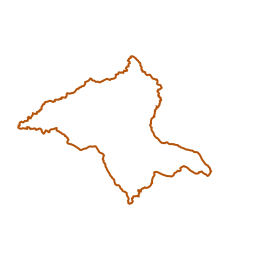 outline of San Francisco, Putumayo, Colombia, rotated 123°
{"feature_id": "7082276B24911475844532", "entity_name": "San Francisco", "entity_type": "district", "adm_level": 2, "iso_a3": "COL", "parent_name": "Colombia", "parent_adm1": "Putumayo", "projection": "equal_earth", "projection_center": [-76.835, 1.148], "detail": "fine", "context": "isolated", "style": "outline", "palette": "amber", "viewbox_px": 256, "rotation_deg": 123, "n_neighbors": 0, "source": "geoboundaries", "source_scale": "gbopen_adm2", "svg_char_len": 5883}
<svg xmlns="http://www.w3.org/2000/svg" viewBox="0 0 256 256"><g transform="rotate(123 128 128)"><path d="M75.9,121.7L74.5,124.0L74.5,124.6L75.3,126.5L75.1,127.7L73.1,128.5L72.3,129.0L71.7,130.0L71.7,130.6L72.3,131.0L72.5,132.8L72.8,133.2L73.1,134.4L72.8,134.8L72.4,136.2L72.0,136.7L71.9,137.6L71.4,138.3L72.1,139.8L72.9,140.3L73.2,140.7L73.3,141.2L72.9,143.0L71.9,143.9L71.9,144.4L72.2,144.8L72.3,145.9L72.7,146.4L72.2,146.9L72.2,147.7L72.0,148.0L71.6,147.9L71.2,148.9L70.6,149.4L69.6,149.6L68.9,151.5L66.9,153.1L66.8,153.6L66.9,154.2L66.0,156.4L66.0,158.0L65.5,158.8L65.2,161.6L65.5,163.6L66.6,164.6L67.5,163.9L69.3,164.9L70.2,164.5L71.3,164.9L71.6,164.7L71.7,162.7L72.7,161.8L73.6,162.3L74.3,162.3L76.0,161.1L77.2,162.3L79.1,162.3L80.0,160.2L80.6,160.1L81.6,161.2L82.2,162.5L84.3,162.0L84.7,163.5L85.5,163.9L86.0,165.6L86.5,166.0L88.4,165.6L89.5,167.1L90.1,167.3L90.6,166.8L92.2,165.9L93.5,166.2L94.3,167.0L95.0,167.4L96.0,168.8L96.9,169.3L97.4,169.2L97.9,170.6L98.0,172.0L98.4,172.5L101.2,174.3L102.2,174.6L103.2,175.5L104.0,175.8L105.3,176.7L105.5,178.5L106.8,180.0L106.7,182.1L107.4,183.7L107.3,184.5L106.7,185.3L106.8,186.1L107.1,186.6L108.8,186.6L110.3,187.1L112.9,188.9L114.5,187.9L116.8,188.0L118.3,189.6L119.2,189.5L120.3,190.6L121.1,191.0L122.1,190.8L122.4,191.4L123.3,192.1L126.1,192.2L127.5,192.6L128.8,193.4L129.0,194.0L129.6,194.3L130.3,195.2L131.2,195.7L131.6,197.4L132.4,198.1L134.6,196.9L135.7,197.1L136.2,196.8L136.6,196.9L138.2,200.0L138.9,200.4L139.6,199.7L140.0,199.7L141.1,201.3L141.7,201.3L142.1,201.7L143.9,204.4L144.5,204.5L145.5,203.9L146.1,204.7L146.8,204.8L147.0,205.0L147.2,206.9L147.9,208.6L150.3,210.3L151.1,211.4L152.3,211.7L152.9,211.2L153.4,211.2L154.6,212.2L155.9,211.8L157.1,212.1L159.3,210.8L160.4,211.6L161.1,211.1L162.2,212.0L162.9,211.7L164.1,213.0L164.9,212.9L165.4,212.3L165.7,212.2L166.3,212.8L167.2,214.6L167.4,215.7L169.5,215.0L170.8,215.2L172.9,214.9L173.1,215.3L172.7,217.2L173.7,217.7L174.6,216.5L175.3,216.6L176.5,216.1L177.4,217.0L178.2,218.3L180.3,218.9L180.7,219.9L180.8,220.9L182.1,221.5L183.3,221.5L184.8,220.2L185.1,220.2L185.7,221.0L186.1,220.6L187.2,220.4L187.5,219.9L187.5,218.9L187.0,217.4L185.2,215.8L184.9,214.6L184.0,213.6L184.0,212.8L183.8,212.2L183.4,212.2L182.1,212.9L181.9,212.2L181.3,211.0L182.0,209.6L182.0,209.1L181.2,208.6L180.6,207.4L179.1,206.1L179.5,204.1L179.4,203.7L178.6,203.6L178.3,202.9L177.0,202.3L176.4,201.6L176.4,200.2L176.8,199.2L177.6,198.8L178.0,198.2L178.7,196.2L178.6,195.6L178.3,195.4L176.7,195.4L174.9,195.7L174.5,194.9L174.7,192.5L174.5,191.9L174.1,191.7L173.1,192.3L172.1,192.2L170.8,191.6L170.0,190.3L167.1,188.2L167.0,187.7L168.6,186.9L168.9,186.1L168.9,185.4L168.5,184.6L168.7,182.8L168.4,181.9L168.7,179.5L168.3,177.8L168.4,177.1L169.0,176.5L168.8,176.0L168.8,175.2L169.3,174.0L169.3,173.1L170.2,171.6L172.8,171.4L173.6,170.5L173.6,169.5L172.6,166.8L172.1,164.0L172.1,158.4L172.4,156.2L171.8,155.1L170.2,154.1L168.5,152.7L167.9,151.9L165.4,150.8L164.2,149.9L163.5,148.9L163.0,147.5L161.7,146.2L161.0,145.3L161.4,144.0L163.8,139.0L163.9,137.8L163.5,136.1L163.4,135.1L163.5,134.6L164.0,133.3L166.0,132.9L166.6,132.4L167.7,132.4L168.2,131.9L168.5,130.8L169.1,130.6L170.1,129.6L170.0,129.3L170.5,127.6L171.3,127.0L171.5,126.6L172.7,125.7L173.3,124.2L174.2,123.1L175.1,121.5L176.3,118.6L176.9,118.0L177.3,117.3L177.7,116.4L177.7,115.3L178.6,114.0L178.8,111.6L180.3,110.2L182.0,108.2L182.2,106.4L181.2,104.9L181.1,104.0L181.6,102.8L182.6,101.5L182.8,100.6L182.7,100.0L183.6,98.4L183.6,97.3L183.2,95.7L183.2,93.7L183.5,93.4L184.3,93.1L185.5,91.5L186.2,89.9L186.9,89.0L187.8,88.5L189.0,88.4L189.8,87.3L190.3,87.3L190.8,86.7L190.7,85.3L189.7,84.9L189.0,84.0L186.9,84.0L186.2,85.2L185.0,86.3L184.8,86.4L184.0,85.8L183.1,86.2L182.4,86.2L181.6,85.4L181.3,84.6L180.1,83.4L179.9,82.4L179.5,81.8L179.1,82.1L178.9,82.5L177.6,83.0L176.7,82.8L175.4,84.3L175.1,85.3L174.8,85.5L174.1,84.9L174.1,84.3L174.4,83.5L174.2,82.7L172.6,83.4L171.5,83.2L170.9,82.6L170.2,82.6L169.3,81.7L168.6,81.5L168.5,80.5L168.3,80.0L167.0,78.8L165.4,78.1L163.6,77.7L162.7,77.8L162.1,78.2L160.9,77.8L160.1,78.6L157.7,79.8L155.5,80.2L153.5,80.0L152.1,80.8L151.0,81.9L150.7,81.8L149.3,80.4L148.8,78.5L148.3,74.0L147.1,69.3L145.4,66.2L145.1,65.3L144.0,64.4L143.4,64.3L142.7,64.1L140.4,64.4L138.8,63.4L136.8,63.0L136.5,61.7L135.2,60.8L134.6,60.9L133.1,62.2L132.2,62.0L129.5,60.4L129.3,59.7L129.4,58.9L129.0,57.7L129.1,55.4L129.5,54.1L129.7,51.3L129.5,50.0L129.6,48.5L129.4,46.9L129.0,45.7L127.6,44.2L126.4,44.4L125.1,43.0L124.7,42.9L124.3,42.4L124.7,40.9L124.8,39.3L124.8,38.4L124.4,37.3L124.8,35.9L124.8,35.1L124.4,34.8L122.6,34.5L120.8,34.5L119.9,35.0L119.1,34.7L118.1,36.7L117.4,36.9L117.1,37.5L116.7,38.6L116.8,39.1L116.0,40.6L116.2,42.4L116.2,43.3L114.0,48.9L112.0,52.1L111.1,54.0L110.6,56.6L112.1,59.5L111.9,61.1L112.0,62.0L112.7,63.2L113.3,65.1L113.6,65.7L113.7,66.4L114.5,67.7L114.4,68.2L114.8,70.6L115.5,73.3L115.3,74.6L115.8,75.6L115.3,76.4L115.4,77.3L116.4,79.3L116.6,80.8L117.2,81.4L117.4,82.4L118.8,84.1L119.0,85.5L118.7,87.0L118.8,87.6L119.4,88.2L120.5,88.6L121.2,90.0L121.7,90.4L122.0,91.3L121.9,92.0L122.1,92.7L121.9,93.1L121.8,93.9L121.5,94.4L121.3,95.5L120.8,96.4L120.5,98.3L120.8,99.1L119.9,101.9L117.9,104.5L117.7,105.5L117.2,106.5L116.2,107.8L114.9,108.2L114.5,109.6L113.3,111.2L112.2,111.0L111.4,111.3L111.2,111.7L110.4,112.0L109.3,112.7L107.8,113.2L105.8,112.9L105.4,112.5L104.8,112.5L104.1,112.1L103.8,112.9L103.6,113.0L102.7,112.9L100.2,114.0L99.8,114.4L99.2,114.3L98.4,115.1L96.3,114.6L95.8,115.1L94.7,115.1L94.4,115.5L94.2,114.9L94.3,114.2L93.9,114.1L93.3,114.3L91.3,114.2L90.8,114.8L89.9,114.8L88.2,115.4L87.8,116.0L87.1,115.5L86.6,115.4L86.0,115.7L85.7,116.8L85.1,116.9L84.7,117.4L85.0,118.2L84.9,119.6L84.3,120.2L83.9,120.0L83.7,120.6L82.2,120.8L81.7,121.7L81.5,122.9L80.8,123.4L80.6,123.5L79.6,123.1L79.2,123.4L78.9,122.9L77.1,121.9L75.9,121.7Z" fill="none" stroke="#b45309" stroke-width="2"/></g></svg>